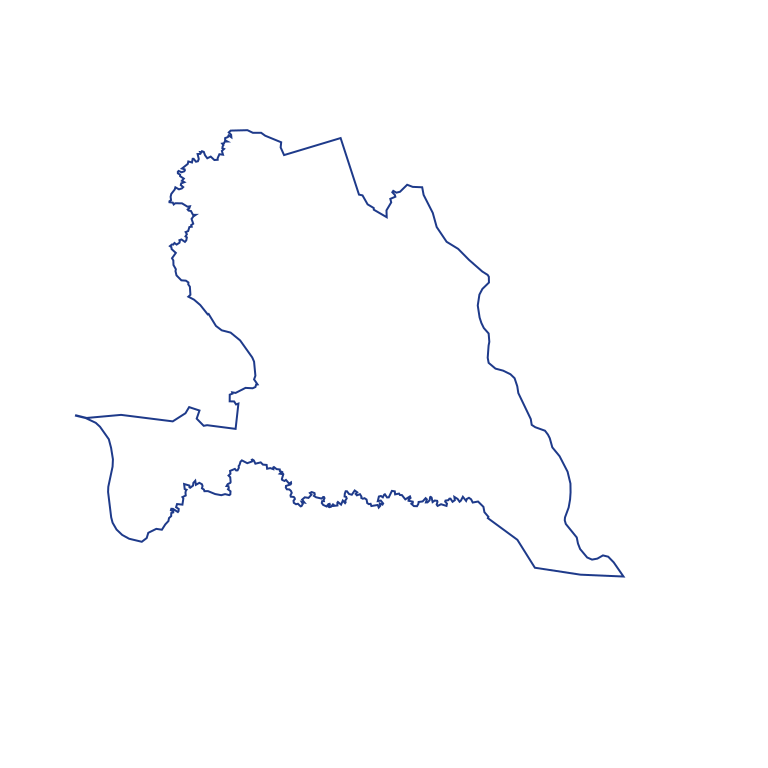 Nīgrandes pag., Saldus, Latvia (Mercator projection), rotated 17°
{"feature_id": "27541924B79639450642691", "entity_name": "Nīgrandes pag.", "entity_type": "district", "adm_level": 2, "iso_a3": "LVA", "parent_name": "Latvia", "parent_adm1": "Saldus", "projection": "mercator", "projection_center": [22.027, 56.455], "detail": "fine", "context": "isolated", "style": "outline", "palette": "blue", "viewbox_px": 768, "rotation_deg": 17, "n_neighbors": 0, "source": "geoboundaries", "source_scale": "gbopen_adm2", "svg_char_len": 6163}
<svg xmlns="http://www.w3.org/2000/svg" viewBox="0 0 768 768"><g transform="rotate(17 384 384)"><path d="M415.4,233.1L402.3,229.7L388.5,218.5L380.6,206.1L366.6,191.6L363.0,184.7L353.8,187.1L347.9,186.7L343.1,195.5L339.9,197.4L336.4,196.6L335.9,198.2L339.2,200.1L340.1,201.6L335.9,205.1L337.8,208.2L335.6,217.2L337.8,223.7L323.3,220.3L322.7,218.7L315.8,217.0L308.3,209.9L304.7,210.2L270.6,161.5L221.5,194.3L216.0,188.0L215.0,182.9L197.8,181.3L193.1,179.7L185.1,182.1L179.2,181.2L163.3,186.5L162.0,188.8L164.9,190.3L165.9,192.7L162.7,191.7L162.5,193.5L160.2,195.3L160.8,197.4L163.3,197.9L160.9,198.7L160.6,200.6L159.0,201.4L160.6,202.5L160.2,204.0L160.5,205.8L162.3,206.0L160.8,208.5L163.0,211.8L159.4,212.4L158.9,216.7L159.4,218.2L156.3,219.4L151.8,217.2L149.0,219.8L146.0,217.6L143.8,214.7L141.9,214.6L141.8,215.6L140.5,215.9L141.3,216.6L141.1,217.6L138.5,218.6L141.1,223.0L140.9,225.4L139.2,226.4L136.1,224.3L135.2,224.6L135.6,228.3L131.8,228.4L132.0,230.9L127.8,237.0L130.6,237.0L131.1,237.9L130.8,239.0L128.5,240.7L125.3,240.3L124.8,241.4L125.3,242.8L127.8,243.4L128.3,244.9L132.5,246.1L131.3,248.8L134.0,249.4L131.4,251.4L131.5,253.2L134.4,254.4L133.5,256.1L131.0,257.8L127.0,256.9L127.0,259.2L125.0,264.4L125.2,267.4L126.6,270.4L125.4,272.0L125.7,272.9L129.0,272.3L130.4,273.8L131.5,272.2L138.0,270.3L144.3,271.9L146.5,270.8L146.4,272.8L145.2,274.5L146.4,275.3L148.8,275.0L151.9,278.1L154.5,277.3L152.7,279.5L151.7,282.4L154.7,286.5L153.1,288.5L154.1,289.8L152.0,290.8L152.0,295.0L149.9,296.7L151.7,298.4L151.0,300.9L152.6,301.4L152.9,304.5L152.1,306.3L148.0,305.0L146.3,306.3L147.0,307.3L147.1,308.7L144.9,311.3L142.4,310.4L141.7,312.3L140.5,312.5L139.0,314.7L140.6,315.2L141.5,317.1L146.6,319.5L144.5,325.7L146.4,327.4L147.9,331.8L151.4,335.1L151.6,337.0L153.8,340.8L159.9,344.1L164.3,343.1L167.3,344.1L167.7,346.0L169.9,347.7L172.8,355.3L171.4,357.7L177.7,358.9L185.2,362.2L195.1,369.0L195.8,368.3L206.3,377.6L213.1,380.1L222.3,379.7L233.7,384.4L250.2,397.1L253.2,400.6L258.6,413.7L258.4,417.6L263.2,421.4L261.9,422.0L261.9,424.5L259.6,426.5L252.7,428.2L244.7,435.9L241.2,436.4L241.9,437.5L239.6,439.3L241.5,445.7L245.8,444.5L248.5,446.8L250.5,445.3L255.2,470.3L226.9,475.1L223.8,476.7L215.0,471.9L215.3,463.3L204.4,463.1L202.7,470.0L192.9,481.5L141.6,490.4L109.6,503.4L98.7,504.0L98.7,504.4L108.7,503.8L119.7,505.4L124.9,507.9L137.0,517.3L141.7,524.9L146.8,535.3L148.6,542.4L150.4,562.9L151.7,567.9L162.1,591.3L165.0,596.0L170.8,601.4L177.8,604.9L185.5,606.5L198.5,605.7L202.1,600.7L202.1,595.2L208.6,589.1L214.2,588.3L215.9,582.2L217.9,578.1L217.6,575.1L219.1,572.6L218.3,569.6L220.0,568.4L219.7,567.4L217.1,567.0L217.1,565.5L218.7,565.1L224.3,566.7L224.7,565.7L224.2,563.5L221.2,562.6L221.2,559.3L226.5,558.3L225.6,552.2L224.3,551.1L227.0,548.6L225.9,545.9L225.7,543.9L226.1,542.9L224.1,542.7L222.1,538.1L227.6,538.0L228.2,539.7L229.0,539.9L231.1,537.0L230.6,534.3L231.8,531.7L233.6,535.4L236.3,532.5L239.2,533.1L240.3,534.6L240.4,537.0L242.6,537.6L243.6,539.0L247.0,537.9L254.7,538.6L260.9,537.9L264.2,535.8L268.5,535.5L269.3,534.5L268.6,531.5L265.6,530.3L266.0,528.9L265.1,527.2L263.3,527.6L263.8,525.5L265.9,523.5L266.0,522.6L264.2,518.1L262.1,517.0L263.4,514.7L262.2,512.1L266.2,508.8L267.9,509.9L269.2,509.4L269.7,506.6L269.0,505.0L269.5,503.6L269.5,500.3L270.4,498.6L276.4,499.7L280.4,496.7L280.7,495.9L279.8,495.1L280.2,494.7L281.9,495.2L284.3,497.8L289.0,495.0L291.8,496.5L295.4,495.7L297.0,499.2L299.8,497.7L303.1,497.8L302.5,496.2L303.0,495.6L306.2,496.8L309.3,496.2L309.9,497.7L311.9,497.9L310.6,500.2L312.3,500.0L312.7,498.6L314.1,499.7L314.1,504.8L314.7,505.5L317.2,505.8L318.3,504.4L322.4,507.0L323.8,505.3L324.3,506.4L324.0,507.4L320.1,510.1L320.4,511.8L321.9,513.1L324.3,512.5L326.2,513.4L327.6,515.1L327.1,517.7L327.8,519.0L330.7,518.4L331.9,519.2L332.4,520.1L331.6,522.1L332.5,524.0L335.0,524.7L336.7,523.7L340.0,525.4L340.8,524.9L341.4,522.4L339.7,520.8L342.5,520.6L339.5,518.5L341.4,515.5L345.1,515.0L347.0,511.1L345.0,509.9L346.4,508.5L349.4,508.6L350.1,509.9L349.7,511.5L352.2,512.2L357.9,511.8L358.9,509.8L359.8,509.7L360.5,510.6L360.2,512.6L360.8,513.6L359.1,514.2L359.3,516.0L361.1,517.4L364.8,517.9L366.0,515.1L367.0,514.5L367.5,515.2L367.0,517.6L367.7,517.8L369.2,516.9L370.4,514.0L371.1,514.2L371.3,515.4L375.0,513.8L374.1,511.0L374.4,510.3L378.2,511.9L378.7,507.5L381.6,509.3L381.9,508.4L381.0,506.9L381.8,504.4L380.8,503.0L379.2,503.1L378.6,500.5L378.7,497.8L379.9,497.4L382.7,499.4L385.6,499.3L387.1,494.4L390.1,495.4L389.0,497.4L390.6,498.4L393.2,496.4L395.3,498.2L395.6,499.6L397.3,499.9L398.8,498.9L401.1,499.6L402.8,502.8L404.7,503.3L406.2,502.5L407.6,504.4L413.4,501.5L415.1,503.7L416.0,501.7L415.0,499.5L417.8,499.8L418.1,498.5L415.0,496.4L412.3,497.8L412.0,493.1L413.8,492.0L416.0,492.7L416.5,489.8L417.1,489.2L420.1,491.6L421.7,491.0L422.8,483.9L425.7,483.5L426.9,486.3L430.4,484.4L431.7,485.5L433.6,485.0L438.1,488.1L441.7,483.9L442.7,485.2L441.4,487.5L441.6,488.5L445.9,488.1L446.3,489.2L445.2,490.6L448.3,492.0L451.3,491.2L451.9,488.5L451.6,486.7L455.3,485.0L457.2,481.0L458.7,481.8L458.7,485.0L460.2,484.5L461.6,481.9L461.2,478.7L461.6,478.3L462.7,478.7L465.0,482.7L466.6,480.6L469.0,480.2L469.6,481.1L469.6,483.9L470.9,484.9L473.7,482.3L479.4,482.3L479.2,480.0L476.9,478.6L476.9,477.5L479.5,476.3L480.1,474.5L481.1,474.2L484.0,476.6L485.7,474.4L484.3,471.4L488.0,472.4L490.7,474.5L491.6,473.1L492.4,468.8L496.7,471.8L496.9,469.6L498.5,468.0L501.0,468.8L503.5,471.4L508.3,468.9L515.0,472.4L517.5,477.2L522.7,480.5L522.5,481.9L557.1,494.0L582.0,515.6L627.6,508.9L669.3,498.1L655.8,487.4L648.9,483.6L643.5,483.9L639.1,488.6L634.3,491.1L629.0,490.5L619.8,484.5L616.1,479.8L613.2,474.4L598.8,464.7L596.7,461.5L596.1,458.7L596.7,448.1L595.7,440.0L594.1,433.1L591.4,424.7L585.2,414.2L573.0,401.7L563.5,395.4L558.4,387.4L555.6,384.5L551.6,381.6L541.3,381.1L537.2,379.9L534.6,374.6L515.1,353.4L512.1,347.2L507.2,340.3L502.1,337.7L494.0,336.4L486.1,336.7L477.9,333.2L475.5,328.6L472.8,316.7L472.4,312.9L469.3,305.1L463.1,301.3L459.3,297.2L456.0,292.5L450.7,281.5L449.1,270.6L450.3,264.3L454.7,256.3L452.9,250.8L451.3,249.4L445.1,247.7L429.1,240.5L415.4,233.1Z" fill="none" stroke="#1e3a8a" stroke-width="2"/></g></svg>